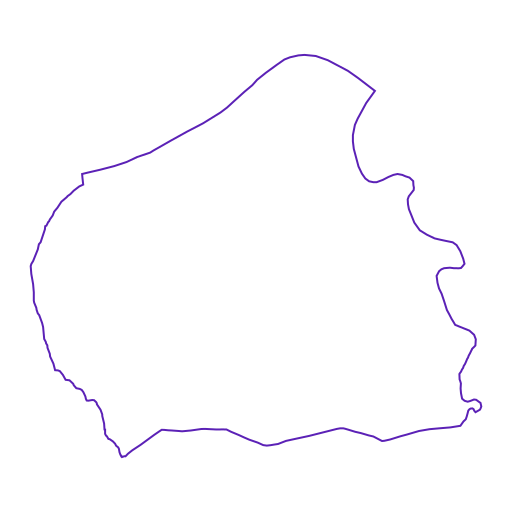 Oussouye, Ziguinchor, Senegal (Mercator projection)
{"feature_id": "50182788B11051302290888", "entity_name": "Oussouye", "entity_type": "district", "adm_level": 2, "iso_a3": "SEN", "parent_name": "Senegal", "parent_adm1": "Ziguinchor", "projection": "mercator", "projection_center": [-16.597, 12.494], "detail": "fine", "context": "isolated", "style": "outline", "palette": "violet", "viewbox_px": 512, "rotation_deg": 0, "n_neighbors": 0, "source": "geoboundaries", "source_scale": "gbopen_adm2", "svg_char_len": 3490}
<svg xmlns="http://www.w3.org/2000/svg" viewBox="0 0 512 512"><path d="M82.1,174.0L82.5,178.3L83.2,184.6L79.3,186.4L73.7,190.7L70.4,194.1L67.6,196.1L66.7,197.2L61.4,201.7L57.4,207.8L54.2,211.6L52.7,215.5L49.9,219.4L49.0,221.4L48.3,221.9L46.4,225.7L45.2,226.2L44.9,229.4L40.6,242.3L38.9,244.2L37.8,249.4L33.1,261.1L31.4,263.8L30.7,266.1L31.3,273.9L33.1,284.1L33.8,292.3L33.8,300.6L34.2,302.7L36.3,307.8L36.6,309.8L37.8,313.4L39.2,315.1L42.1,323.0L43.1,327.0L44.2,339.0L45.8,341.9L46.1,343.4L47.3,345.3L47.5,347.8L49.8,353.8L50.1,356.5L53.4,363.6L55.1,370.2L57.9,370.4L59.8,371.1L62.9,374.9L65.6,379.8L69.5,380.3L73.2,383.8L73.8,385.3L76.3,388.2L79.7,388.9L81.7,389.9L83.4,392.2L85.4,396.5L85.9,398.9L86.7,400.5L88.3,400.7L92.2,400.0L94.1,400.2L96.2,402.2L96.8,403.3L96.9,404.3L100.5,409.7L102.2,414.3L102.3,416.1L104.1,423.5L104.5,429.5L105.1,429.6L105.1,433.8L106.0,435.6L106.9,436.3L108.4,438.9L109.7,439.2L112.9,441.4L115.1,443.7L116.1,445.7L118.2,447.4L118.9,448.8L119.5,452.2L120.4,454.7L121.6,456.1L121.2,456.2L121.4,456.6L121.9,457.1L124.4,456.2L125.5,456.3L128.0,453.7L132.3,450.3L140.5,444.9L154.3,434.8L159.4,431.3L161.7,429.8L164.3,429.9L168.3,430.3L172.0,430.5L178.8,431.0L182.1,431.3L190.8,430.5L201.3,429.0L205.1,428.9L208.7,429.1L216.8,429.5L222.7,429.4L226.5,429.5L231.1,431.8L239.0,435.1L244.0,437.4L249.3,439.7L257.7,442.6L263.2,445.1L266.8,445.6L270.5,445.2L274.0,444.6L278.0,444.0L286.0,440.9L296.1,438.7L309.2,435.9L336.9,428.9L340.3,428.3L343.2,428.3L345.3,428.8L348.7,429.8L355.2,431.8L360.9,433.1L368.7,435.4L373.4,436.5L382.0,441.0L384.3,440.8L390.1,439.5L400.7,436.2L406.7,434.6L419.0,431.0L429.5,429.2L439.5,428.3L450.4,427.4L460.4,425.8L463.5,421.4L464.9,420.1L465.8,419.2L466.7,416.6L467.3,414.4L467.4,414.1L468.3,410.6L469.4,409.3L470.5,408.6L472.4,408.4L473.5,409.1L474.3,410.8L475.5,412.2L479.2,410.1L480.0,409.6L480.7,408.1L481.3,406.5L480.5,402.9L478.9,401.8L476.2,399.8L474.0,399.5L470.2,401.0L467.7,401.7L464.6,400.8L462.1,398.7L461.0,393.2L460.6,388.5L460.9,383.4L460.3,381.3L459.6,379.4L459.4,374.0L459.8,373.3L461.0,371.7L462.0,369.5L463.0,368.1L463.8,365.8L464.9,364.2L465.5,362.9L466.2,361.3L467.1,359.1L467.4,358.5L468.0,357.7L468.5,356.1L469.3,354.5L470.0,353.4L470.3,352.6L470.8,351.7L471.4,350.3L471.9,349.6L472.1,348.8L474.3,346.7L475.4,345.5L475.7,340.7L475.8,339.3L474.1,334.8L469.4,330.6L458.4,326.2L457.8,325.9L455.2,324.9L453.5,322.0L451.6,318.9L449.3,314.4L446.9,310.0L444.0,300.8L441.6,293.7L439.0,288.4L437.5,282.8L436.6,275.9L439.1,271.2L441.4,269.3L444.1,268.2L449.9,267.7L453.9,268.2L456.2,268.2L458.6,268.3L461.0,268.0L462.7,266.1L464.5,263.8L463.2,258.7L460.3,251.2L456.6,245.1L452.7,242.3L445.8,240.9L440.2,239.7L434.6,238.4L426.9,234.7L425.6,233.9L419.8,230.3L414.3,222.6L411.2,214.8L408.9,209.1L408.0,204.3L407.7,199.4L408.8,196.3L413.7,190.0L413.9,187.7L413.4,185.1L413.2,181.1L409.5,177.6L405.5,176.3L402.3,174.9L397.5,174.0L393.4,174.9L388.4,177.0L382.8,179.9L376.6,182.2L373.4,182.2L369.1,181.3L365.3,178.5L361.9,173.6L358.5,166.5L353.8,148.9L352.9,141.4L352.9,135.1L354.9,124.9L357.7,118.6L362.5,109.8L366.2,103.0L371.9,95.1L374.9,90.9L358.2,78.1L348.0,70.9L327.8,60.2L315.8,56.0L304.5,54.9L298.4,55.4L290.0,57.3L284.4,59.5L276.8,64.8L265.7,72.9L257.1,79.8L252.4,85.1L244.4,91.8L234.2,101.0L227.0,107.6L220.5,112.5L202.9,123.4L187.1,131.6L170.7,140.7L153.3,150.6L152.7,151.0L150.5,152.4L150.2,152.6L137.2,157.0L126.6,162.0L114.2,166.1L100.3,169.7L87.8,172.6L82.1,174.0Z" fill="none" stroke="#5b21b6" stroke-width="2"/></svg>